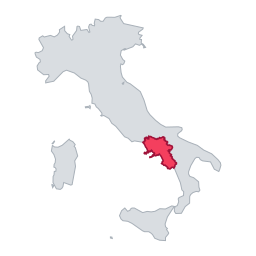 location of Campania, Salerno, Italy
{"feature_id": "23120603B14973764900567", "entity_name": "Campania", "entity_type": "district", "adm_level": 2, "iso_a3": "ITA", "parent_name": "Italy", "parent_adm1": "Salerno", "projection": "orthographic", "projection_center": [14.61, 40.749], "detail": "fine", "context": "in_parent", "style": "filled", "palette": "rose", "viewbox_px": 256, "rotation_deg": 0, "n_neighbors": 0, "source": "geoboundaries", "source_scale": "gbopen_adm2", "svg_char_len": 8768}
<svg xmlns="http://www.w3.org/2000/svg" viewBox="0 0 256 256"><path d="M42.7,35.8L44.2,37.0L50.5,35.4L54.2,36.9L57.4,35.1L59.6,32.1L59.4,29.7L64.6,26.3L64.7,30.7L67.3,33.7L69.8,34.6L69.1,36.4L71.5,40.1L72.6,39.8L73.0,39.2L72.5,36.2L76.6,30.5L77.0,26.5L77.7,26.1L79.5,26.5L80.8,30.4L87.0,29.5L88.9,32.5L89.9,32.0L88.6,27.0L89.5,24.5L91.1,24.1L92.2,25.4L94.5,25.8L94.7,24.4L94.2,23.3L95.2,19.1L98.7,19.6L100.7,21.3L103.1,21.3L105.3,18.0L107.0,17.2L114.9,17.3L120.7,15.4L121.2,15.8L120.1,17.4L120.4,18.5L123.7,23.6L143.2,27.9L142.8,29.1L138.6,32.2L138.3,33.4L138.9,34.5L142.1,35.3L139.8,38.2L139.8,39.4L141.5,39.5L141.2,43.1L143.3,44.3L145.6,47.4L143.2,48.0L144.2,47.2L141.9,44.0L139.4,45.3L135.5,43.9L132.8,46.8L123.6,50.3L125.3,48.6L124.6,48.6L121.2,50.7L120.4,55.1L122.8,59.5L124.8,61.1L123.8,63.7L122.5,64.7L120.9,63.9L120.4,66.3L121.1,72.6L122.4,77.1L126.8,82.2L130.2,83.8L140.3,91.6L144.0,100.1L147.2,110.7L149.9,114.7L155.6,120.4L160.8,124.5L165.7,127.1L178.5,126.8L181.8,127.7L182.2,129.5L181.6,130.7L177.8,133.7L177.7,136.1L179.5,137.7L188.4,142.0L197.4,145.4L203.6,150.0L211.7,153.8L218.0,159.7L220.4,162.8L220.9,165.3L219.6,169.7L218.8,171.5L214.3,169.2L210.5,161.9L202.7,160.9L200.4,159.7L199.0,157.5L196.6,157.3L194.9,158.6L190.8,165.6L188.6,171.7L188.6,174.1L189.9,176.4L193.7,177.7L198.6,181.8L198.9,187.1L199.9,190.1L198.7,191.8L196.2,191.4L192.9,192.6L190.6,194.6L189.7,196.5L189.6,203.1L185.2,206.6L181.4,213.3L175.8,213.5L174.4,211.4L174.3,208.4L175.3,206.5L177.3,205.6L178.7,201.7L178.2,198.9L179.0,197.6L183.5,195.6L183.7,191.7L181.9,189.9L180.4,182.8L174.7,169.1L172.9,167.8L168.1,167.4L162.4,163.8L162.0,162.3L162.9,160.8L162.3,158.8L160.5,155.3L159.3,154.5L152.3,156.0L154.3,153.2L151.8,151.4L147.5,151.4L147.5,150.1L144.5,144.5L142.4,142.2L134.5,140.9L131.9,141.8L128.1,138.2L124.6,136.8L115.9,126.4L111.7,123.2L109.1,118.6L103.8,115.5L101.3,116.1L100.7,115.5L102.0,114.7L101.8,113.0L98.3,108.5L96.3,106.9L94.9,104.0L91.9,103.2L92.2,98.1L91.2,94.4L89.4,91.3L88.6,83.9L87.8,81.8L85.7,80.1L80.9,78.1L74.4,73.0L66.5,70.2L63.1,71.7L53.8,81.2L45.7,82.9L45.7,80.8L49.1,76.3L48.6,74.5L43.7,74.7L37.6,69.9L37.1,66.0L39.2,62.6L40.4,61.9L40.0,59.4L36.4,57.1L35.1,53.8L35.1,52.7L36.1,52.2L38.4,52.6L42.2,50.7L43.5,47.7L38.9,39.5L39.2,37.9L42.7,35.8ZM123.6,84.1L123.9,82.2L122.2,83.4L122.6,84.2L123.6,84.1ZM174.2,206.4L167.4,216.9L165.1,224.0L165.5,226.7L167.4,228.6L166.5,229.4L168.6,232.7L168.6,233.6L165.5,237.4L165.5,240.6L159.6,240.2L154.8,238.3L152.5,234.5L150.7,232.9L148.7,231.7L144.6,231.7L142.7,230.9L132.0,223.4L127.8,221.3L122.9,220.7L121.0,219.0L119.5,215.7L121.6,210.7L124.8,208.0L127.6,211.3L130.1,210.2L130.3,209.2L132.0,208.0L134.3,208.0L142.7,212.6L147.2,211.4L151.2,211.9L155.0,211.3L159.8,208.7L165.4,209.0L171.8,205.9L174.2,206.4ZM75.3,147.6L77.7,156.0L74.7,160.9L75.5,166.4L72.1,184.6L70.8,185.1L63.7,182.5L62.9,186.7L61.8,188.4L60.3,189.4L56.4,188.8L53.0,182.5L53.1,176.5L54.0,174.9L54.3,171.4L55.8,171.3L56.1,169.0L55.3,167.7L53.9,167.1L54.1,164.5L55.2,162.6L55.5,159.1L53.9,154.5L51.4,151.0L52.4,145.4L54.6,147.0L58.0,147.2L62.2,145.3L69.2,139.1L70.0,140.3L72.8,141.6L75.2,144.6L74.1,146.4L75.3,147.6ZM89.9,105.5L90.4,106.8L90.1,108.6L88.8,107.5L85.5,107.8L85.3,106.8L89.2,106.2L89.9,105.5ZM53.8,185.6L52.7,187.7L51.8,184.8L52.0,184.4L53.8,185.6ZM54.6,141.5L53.0,143.7L52.2,143.6L54.3,141.0L54.6,141.5ZM112.3,238.5L110.4,238.0L110.4,236.9L111.9,237.1L112.3,238.5ZM146.1,152.9L144.5,153.6L144.6,152.4L146.1,152.9Z" fill="#d9dde1" stroke="#a8b0b8" stroke-width="1"/><path d="M142.9,142.4L144.1,143.7L145.0,145.3L145.5,146.8L146.4,147.8L147.1,149.1L147.5,150.5L147.5,151.3L147.4,151.7L147.4,151.8L148.0,151.9L148.2,152.1L148.2,151.9L148.1,151.6L148.1,151.4L147.9,151.2L148.1,151.0L148.4,151.0L148.7,151.0L149.4,151.3L149.3,151.5L149.4,151.4L149.5,151.5L149.4,151.5L149.5,151.5L149.4,151.6L149.4,151.8L149.6,151.7L149.8,151.8L150.1,151.6L150.1,151.4L150.4,151.0L150.7,151.0L150.8,151.1L150.9,150.9L151.3,151.0L150.9,150.9L151.0,150.8L150.9,150.8L151.1,150.7L151.1,150.8L151.2,150.7L151.2,150.8L151.2,150.7L151.3,150.7L151.2,150.8L151.5,150.8L151.6,151.0L151.6,150.9L152.0,151.2L152.6,151.9L152.6,152.0L152.6,151.9L153.2,152.5L153.5,152.7L153.9,152.6L154.1,152.9L154.0,152.6L154.3,152.9L154.6,153.6L154.6,153.9L154.4,154.0L154.5,153.8L154.1,154.1L153.9,154.2L153.8,154.6L153.3,154.8L153.3,155.2L152.8,155.4L152.5,155.2L152.4,155.4L152.3,155.6L152.1,155.8L152.1,156.1L152.0,156.3L152.0,156.7L152.3,156.5L152.2,156.6L152.4,156.6L152.5,156.4L153.4,156.0L153.6,155.8L154.1,155.6L154.3,155.6L154.7,155.4L155.0,155.5L155.4,155.8L155.6,155.7L156.1,155.7L156.3,155.5L156.7,155.3L157.0,154.9L157.6,155.1L157.9,155.3L158.1,155.3L158.5,154.6L158.8,154.5L159.0,154.6L158.8,154.4L159.0,154.3L158.9,154.6L159.0,154.6L159.1,154.4L160.0,154.9L160.8,155.8L161.4,156.8L162.1,158.3L162.8,159.7L163.1,160.5L163.1,161.2L162.8,161.4L162.6,161.6L162.3,161.7L162.1,162.1L162.3,162.3L162.3,163.0L162.1,163.2L161.6,163.5L162.1,164.0L162.4,163.9L162.7,164.2L163.0,164.2L163.4,164.7L163.6,165.1L163.8,165.3L164.1,165.3L164.3,165.4L164.6,165.2L165.0,165.1L165.4,165.3L166.2,166.3L166.6,166.3L166.9,166.7L167.7,167.3L167.9,167.8L167.9,168.2L167.8,168.3L167.6,168.3L167.7,168.5L168.0,168.4L168.4,168.3L169.1,168.9L170.1,169.0L170.8,168.2L171.2,168.1L171.5,167.5L172.0,167.3L172.7,167.2L173.4,167.4L173.6,167.3L173.6,167.6L173.7,167.8L173.8,168.0L174.1,167.9L174.4,167.7L174.3,167.3L174.0,167.2L174.4,167.1L174.9,166.3L174.8,166.2L174.9,165.8L174.8,165.5L175.0,165.2L175.3,164.8L175.3,164.5L175.6,164.5L175.9,164.2L176.3,164.1L176.2,163.7L176.5,163.4L176.4,163.1L176.5,162.9L176.3,162.6L175.9,162.6L175.8,162.4L175.5,162.4L175.2,162.0L175.2,161.9L174.8,161.5L174.8,161.0L174.9,160.7L174.3,160.3L174.1,160.4L173.8,159.9L172.8,159.3L172.9,159.2L172.7,159.0L172.7,158.7L172.0,158.3L172.0,158.1L172.2,157.9L172.0,157.6L172.1,157.4L172.0,157.1L171.8,156.8L172.0,156.6L171.9,156.5L171.7,156.6L171.5,156.2L171.2,156.2L170.9,156.1L170.8,155.8L170.5,155.7L170.8,155.3L170.8,155.1L171.2,154.9L171.4,154.7L171.2,154.5L171.1,154.3L170.9,154.3L170.5,154.0L170.2,153.9L169.9,153.5L169.4,153.2L169.3,152.7L169.4,152.4L169.5,152.3L169.4,152.0L169.5,151.7L169.1,151.6L169.4,151.4L169.1,151.3L169.0,151.1L168.6,150.9L169.0,150.8L169.3,150.8L169.2,150.3L169.3,150.1L168.9,150.1L168.9,149.8L169.3,149.7L169.5,150.0L169.7,149.9L170.2,149.9L170.7,150.1L170.9,150.0L170.8,149.7L171.7,149.2L171.9,148.6L172.0,148.5L172.0,148.4L172.4,147.9L172.5,147.3L172.2,146.9L172.3,146.6L172.1,146.4L172.1,146.1L171.0,145.7L170.9,145.6L170.4,145.6L170.0,145.2L169.8,145.2L169.6,145.0L169.1,145.4L168.8,145.2L168.2,145.0L167.9,145.3L167.4,145.0L167.4,144.8L166.9,144.2L166.9,144.3L166.5,144.1L166.5,143.7L166.7,143.4L167.4,143.0L167.1,142.4L167.1,142.2L167.6,142.1L167.6,141.9L167.1,141.4L166.9,141.4L166.7,141.6L166.6,141.3L166.3,141.2L165.5,141.2L165.3,141.1L165.1,140.7L165.2,140.4L164.2,140.1L164.0,139.3L164.2,139.1L164.3,138.9L164.7,138.8L164.5,138.5L164.6,138.3L164.7,138.2L164.7,137.9L164.3,137.9L163.8,137.7L163.8,137.4L163.6,137.5L163.4,137.0L163.2,136.8L162.8,136.9L162.8,137.2L162.4,137.2L162.2,137.4L161.2,137.7L160.9,138.1L160.7,138.1L159.6,137.5L159.4,137.7L159.3,138.3L159.1,138.4L158.5,138.6L158.2,138.4L157.6,138.5L157.6,138.8L157.4,138.7L157.3,138.8L156.8,139.4L156.6,139.4L156.3,139.3L156.3,139.1L156.0,138.8L155.8,139.1L155.3,139.0L155.0,139.0L154.8,138.9L154.6,138.3L154.4,138.2L154.2,138.1L153.8,138.0L153.5,137.8L153.3,137.9L152.4,137.5L152.1,137.5L151.4,137.1L151.6,137.0L151.4,136.8L150.9,136.8L150.7,136.5L150.2,136.5L149.9,136.6L149.6,136.5L149.5,136.9L149.3,136.9L148.8,136.3L148.7,136.6L148.7,136.8L148.1,137.2L148.2,137.4L148.1,137.6L148.5,138.2L148.5,138.6L148.7,138.8L148.4,138.9L148.2,138.6L147.5,138.8L147.3,138.5L147.2,138.3L146.8,138.0L147.0,137.8L146.9,137.5L146.4,137.3L146.2,137.2L145.7,137.8L145.4,137.9L145.2,138.1L144.8,138.0L144.6,138.2L144.7,138.5L145.0,138.6L144.8,138.7L145.0,139.0L144.8,139.1L144.7,139.4L144.8,139.5L144.7,139.5L144.8,139.9L144.8,140.0L145.1,140.5L145.0,140.8L144.9,141.0L144.7,140.9L144.5,141.1L144.4,141.0L144.1,141.2L144.1,141.3L144.0,141.5L144.1,141.8L143.9,141.8L143.8,142.0L143.7,141.9L143.3,142.0L143.1,142.0L142.9,142.4ZM144.6,152.5L144.5,152.9L144.3,153.0L144.4,153.4L144.3,153.5L144.6,153.8L144.9,153.8L145.0,154.0L145.0,153.8L145.4,153.8L145.7,153.6L146.0,153.8L146.0,153.6L146.0,153.2L146.0,152.9L145.8,152.8L145.7,152.8L145.8,152.7L145.2,152.7L145.3,152.6L145.1,152.7L144.6,152.5ZM151.0,156.8L150.7,156.9L150.0,156.8L149.9,157.4L150.4,157.3L150.7,157.1L150.8,157.2L151.1,156.9L151.0,156.8ZM147.0,152.3L146.8,152.4L146.9,152.5L146.7,152.8L146.6,152.7L146.6,152.9L146.8,152.8L146.8,152.7L146.9,152.9L147.0,152.9L146.9,152.7L147.1,152.7L147.3,152.5L147.3,152.4L147.0,152.3Z" fill="#f43f5e" stroke="#9f1239" stroke-width="1.5"/></svg>